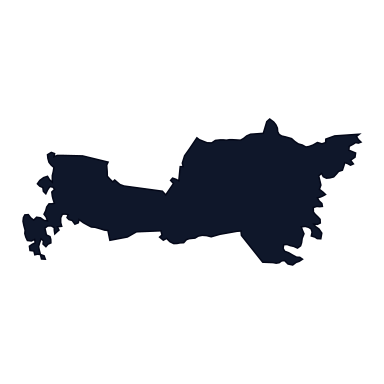 São José do Cedro, Santa Catarina, Brazil
{"feature_id": "56859067B92254336371282", "entity_name": "São José do Cedro", "entity_type": "district", "adm_level": 2, "iso_a3": "BRA", "parent_name": "Brazil", "parent_adm1": "Santa Catarina", "projection": "mercator", "projection_center": [-53.558, -26.479], "detail": "fine", "context": "isolated", "style": "filled", "palette": "ink", "viewbox_px": 384, "rotation_deg": 0, "n_neighbors": 0, "source": "geoboundaries", "source_scale": "gbopen_adm2", "svg_char_len": 3446}
<svg xmlns="http://www.w3.org/2000/svg" viewBox="0 0 384 384"><path d="M321.8,233.1L318.9,228.9L315.5,226.5L313.7,224.1L317.4,224.4L320.3,223.0L320.1,219.3L318.2,217.2L315.1,214.2L313.4,212.0L313.3,207.5L316.9,206.4L319.6,206.7L322.4,206.4L321.9,203.5L319.1,200.9L317.4,197.8L320.5,197.0L323.0,195.9L325.5,194.5L323.1,192.2L319.4,189.3L320.9,185.1L319.8,180.4L318.7,175.8L321.6,173.4L323.3,176.7L326.4,178.2L329.8,177.9L333.7,176.9L336.5,173.9L338.6,171.4L342.4,170.2L343.8,166.0L344.8,162.6L347.7,163.6L350.5,165.2L353.4,163.9L350.6,160.2L355.0,157.2L355.6,153.0L352.0,151.5L348.8,150.2L349.2,146.3L353.0,144.3L355.6,142.6L358.4,143.1L361.0,142.1L358.4,139.6L356.4,136.5L359.3,134.2L334.7,135.9L325.8,139.1L325.6,142.6L321.9,143.8L317.4,142.5L313.1,145.0L309.0,146.5L305.9,147.0L302.3,145.0L298.3,143.9L294.8,141.5L291.6,138.6L288.8,137.8L285.6,136.9L281.7,136.0L279.1,134.4L277.7,131.7L277.4,128.1L275.9,124.8L273.7,122.0L269.7,119.0L266.8,121.6L263.3,133.3L253.8,134.0L250.6,134.2L246.7,135.9L243.5,138.5L240.5,140.2L236.0,139.9L232.5,139.7L229.3,139.7L226.5,140.2L223.6,139.9L220.0,139.9L215.4,140.4L211.7,142.9L207.2,142.8L202.6,141.0L199.2,139.6L196.9,137.8L189.3,149.1L184.6,155.7L182.3,163.1L183.2,166.6L180.2,166.6L178.8,180.8L176.0,179.3L172.6,178.1L170.6,180.4L173.5,183.5L165.7,194.9L162.4,191.2L124.0,186.0L119.9,184.5L117.2,182.2L114.7,180.0L112.8,181.9L110.1,179.3L107.3,176.2L107.2,171.5L106.7,165.1L108.1,162.1L82.6,155.9L61.9,155.4L57.3,155.4L54.0,156.7L54.6,153.6L51.3,152.4L47.5,154.7L47.9,158.4L49.0,162.3L51.3,165.2L53.9,167.4L53.3,171.4L52.3,175.6L52.3,179.2L52.3,182.2L49.6,179.8L47.5,176.3L43.6,177.6L39.8,180.4L37.4,183.8L39.8,186.2L42.8,187.5L43.4,191.4L45.8,193.8L47.6,189.9L49.8,186.6L52.9,187.1L54.6,189.3L51.8,192.0L52.3,196.1L53.0,199.0L54.4,203.3L51.7,203.8L49.0,203.8L46.7,207.0L45.7,210.7L44.0,214.2L46.1,217.0L47.5,220.8L44.0,220.4L40.5,217.8L36.6,217.2L33.7,220.1L30.7,217.8L28.3,214.6L24.8,214.9L23.4,217.6L23.0,221.3L23.9,225.7L25.1,230.1L24.8,233.6L25.8,237.1L27.4,240.5L31.4,241.0L34.6,239.4L35.2,242.8L32.3,244.2L29.4,246.2L30.0,250.5L33.9,251.0L34.8,254.8L37.4,254.2L40.4,254.5L39.3,250.2L38.6,246.6L39.7,242.6L41.1,238.8L43.4,240.8L43.0,244.0L45.9,246.7L48.0,244.2L50.9,242.9L50.8,239.4L50.0,236.6L46.4,234.9L45.7,231.6L44.9,228.1L47.7,226.0L51.3,225.9L54.2,227.6L54.3,230.6L54.8,233.9L56.8,232.0L59.0,230.1L57.4,226.8L61.7,226.3L60.7,222.6L60.7,217.8L62.4,214.2L65.4,214.1L68.2,214.6L67.0,217.6L69.0,219.6L72.2,220.5L74.9,224.2L78.3,222.8L79.0,219.5L83.3,222.7L87.5,225.0L91.3,227.0L95.1,227.3L98.6,228.3L101.3,229.1L104.4,230.1L107.9,230.5L109.9,240.3L127.4,237.0L136.5,231.8L160.9,230.8L162.0,235.0L159.6,237.1L163.3,240.2L166.6,238.4L169.9,241.7L173.7,243.6L177.0,243.5L180.0,242.9L183.7,242.7L186.4,239.7L189.1,238.7L191.9,238.4L195.0,238.1L198.3,236.1L202.2,235.3L206.6,235.6L211.2,236.8L219.9,234.3L236.9,231.3L241.0,231.0L241.4,235.4L262.7,262.2L273.1,262.6L276.2,263.2L279.2,262.7L281.6,260.9L284.6,260.6L288.0,264.0L292.7,265.0L296.1,262.4L299.3,261.3L302.5,259.2L299.8,257.3L296.6,257.2L292.5,255.0L288.6,252.7L284.7,251.3L283.1,248.4L283.7,244.7L287.2,244.5L290.2,245.6L293.8,246.4L297.5,248.1L300.6,245.8L301.6,242.7L302.2,238.3L304.0,233.8L302.3,229.9L301.3,226.8L305.3,226.4L308.6,227.3L311.1,228.9L312.1,232.1L311.3,236.0L315.0,237.1L317.2,238.6L320.8,238.8L321.8,233.1ZM40.4,254.5L41.5,259.0L45.3,259.2L44.1,255.8L40.4,254.5Z" fill="#0f172a" stroke="#020617" stroke-width="1.5"/></svg>